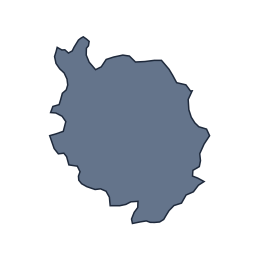 the district of Yeongdong-gun, North Chungcheong, South Korea, rotated 258°
{"feature_id": "91817680B4431337162748", "entity_name": "Yeongdong-gun", "entity_type": "district", "adm_level": 2, "iso_a3": "KOR", "parent_name": "South Korea", "parent_adm1": "North Chungcheong", "projection": "natural_earth1", "projection_center": [127.828, 36.154], "detail": "fine", "context": "isolated", "style": "filled", "palette": "slate", "viewbox_px": 256, "rotation_deg": 258, "n_neighbors": 0, "source": "geoboundaries", "source_scale": "gbopen_adm2", "svg_char_len": 1336}
<svg xmlns="http://www.w3.org/2000/svg" viewBox="0 0 256 256"><g transform="rotate(258 128 128)"><path d="M136.8,49.8L123.2,51.5L117.2,54.5L116.7,60.0L112.7,62.0L104.2,62.5L101.2,70.5L95.2,72.0L91.2,69.5L87.2,69.0L83.2,71.0L79.2,75.5L74.7,83.0L74.2,88.5L70.7,93.4L64.2,95.4L55.7,94.4L53.7,103.9L53.7,110.0L55.2,115.5L54.2,122.5L48.2,121.0L44.2,116.5L38.2,112.5L33.7,112.5L33.6,120.9L33.3,126.6L31.1,130.1L30.1,134.3L29.5,139.4L31.1,143.9L34.3,146.8L38.7,151.0L42.6,156.8L43.4,164.7L50.4,170.9L51.1,174.4L52.0,178.7L57.4,185.0L59.8,191.3L64.5,185.8L67.6,181.1L73.1,182.7L75.4,189.7L80.9,192.1L87.9,192.8L96.5,199.1L103.5,206.2L110.6,204.6L114.5,197.5L119.2,194.4L125.4,192.1L133.2,191.3L143.4,192.8L151.0,198.5L151.2,196.8L158.2,193.6L162.2,185.0L170.0,182.7L177.0,180.3L187.2,174.8L188.7,167.8L189.5,158.4L191.0,149.0L198.1,144.3L200.4,138.1L200.4,128.7L199.6,120.9L193.4,114.6L191.8,108.4L200.4,103.7L208.0,102.3L214.7,103.9L216.6,106.4L220.8,108.0L223.7,105.8L226.5,103.2L225.6,100.4L224.3,97.8L218.2,92.0L215.0,89.5L213.7,85.3L217.6,82.5L218.1,79.5L221.6,75.5L217.6,73.5L213.1,71.0L206.1,71.0L200.1,73.5L195.1,77.0L188.6,78.5L182.6,78.0L178.1,75.5L175.6,71.0L169.7,68.0L165.2,65.5L164.7,59.0L159.2,55.5L157.7,60.5L153.2,66.0L147.2,68.5L138.2,64.0L137.2,56.0L136.8,49.8Z" fill="#64748b" stroke="#1e293b" stroke-width="1.5"/></g></svg>